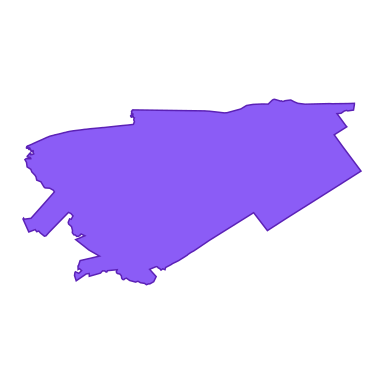 the district of Magura, Teleorman, Romania
{"feature_id": "2599482B1622448766062", "entity_name": "Magura", "entity_type": "district", "adm_level": 2, "iso_a3": "ROU", "parent_name": "Romania", "parent_adm1": "Teleorman", "projection": "equal_earth", "projection_center": [25.384, 44.049], "detail": "fine", "context": "isolated", "style": "filled", "palette": "violet", "viewbox_px": 384, "rotation_deg": 0, "n_neighbors": 0, "source": "geoboundaries", "source_scale": "gbopen_adm2", "svg_char_len": 4924}
<svg xmlns="http://www.w3.org/2000/svg" viewBox="0 0 384 384"><path d="M146.4,284.7L148.8,283.8L149.8,283.9L153.7,281.7L156.2,276.6L149.6,269.3L156.2,266.6L157.5,266.9L158.0,267.7L159.0,268.3L159.5,268.4L161.0,270.1L162.8,268.8L165.0,269.7L165.6,267.5L169.8,265.3L171.8,264.2L172.1,263.8L178.5,260.7L187.2,255.2L188.0,254.4L191.0,252.4L193.8,250.9L196.2,249.3L209.3,240.4L253.6,212.7L254.2,213.4L267.4,230.6L286.3,218.4L336.3,186.8L361.0,171.1L342.4,146.2L334.2,134.8L346.8,126.8L345.9,125.8L337.0,113.6L341.0,113.3L344.5,110.9L346.7,110.4L347.7,110.9L353.5,110.1L354.3,105.1L354.4,104.2L354.4,103.3L349.5,103.5L343.5,103.6L334.8,103.7L333.1,103.8L329.6,103.6L305.1,104.2L297.8,103.3L294.4,101.9L290.8,100.0L287.2,100.4L285.1,100.7L284.9,100.7L284.7,100.8L284.4,101.0L284.2,101.2L283.7,101.2L283.1,101.4L282.9,101.4L282.6,101.4L282.3,101.4L282.2,101.3L281.9,101.1L281.7,101.0L281.6,100.9L281.3,100.9L280.9,101.0L280.7,101.1L274.6,99.3L273.3,99.5L272.1,100.3L268.2,104.1L262.2,104.0L253.0,104.4L246.5,105.5L240.7,109.0L227.1,112.7L224.4,112.9L209.5,111.2L205.9,111.0L205.1,110.9L132.7,109.9L132.4,110.1L132.3,110.3L132.4,110.6L131.7,111.0L131.5,111.3L131.5,111.6L131.5,111.8L131.8,112.3L131.8,112.5L131.7,112.9L131.6,113.1L131.5,113.4L131.5,113.5L131.9,113.8L132.6,113.8L132.9,113.9L133.0,114.0L133.0,114.3L132.9,114.4L132.5,114.8L132.3,114.9L132.2,114.9L131.9,114.9L131.5,115.0L131.2,115.1L130.9,115.3L130.7,115.6L130.6,115.8L130.6,116.0L130.8,116.4L131.1,116.9L131.2,117.0L131.3,117.1L131.6,117.2L131.9,117.0L132.0,116.9L132.2,116.5L132.3,116.3L132.6,115.9L132.8,115.8L133.2,116.2L133.3,116.4L133.3,116.6L133.3,116.8L133.3,117.0L133.3,117.3L133.6,117.6L134.1,117.8L134.3,117.9L134.2,118.0L134.2,118.3L134.1,118.6L133.8,119.2L133.8,119.5L133.8,119.8L133.9,120.4L134.1,120.7L134.2,121.1L134.4,121.4L134.4,121.6L134.4,121.9L134.4,122.1L134.2,122.3L134.0,122.5L134.0,123.0L133.9,123.2L133.7,123.6L133.5,124.1L133.3,124.4L129.3,124.9L127.5,125.1L122.7,125.5L113.4,126.5L104.3,127.5L102.2,127.6L99.8,127.9L91.8,128.6L91.7,128.7L91.2,128.6L90.7,128.7L89.1,128.9L85.9,129.3L85.5,129.3L84.1,129.4L83.6,129.5L80.2,130.0L75.8,130.5L73.3,130.8L70.2,131.3L68.9,131.5L68.7,131.6L67.8,131.8L67.2,131.9L65.9,132.3L65.5,132.4L64.2,132.6L63.5,132.8L61.0,133.5L60.0,133.7L58.5,134.1L58.0,134.2L56.2,134.6L55.3,134.8L54.7,134.9L54.5,135.0L53.5,135.3L51.0,135.9L49.3,136.4L48.9,136.6L47.5,137.2L47.2,137.3L46.6,137.5L45.8,137.9L44.7,138.4L42.1,139.6L37.5,141.6L30.7,144.7L30.0,145.0L28.6,145.6L28.6,145.8L28.4,145.9L27.8,145.9L27.6,145.9L27.5,146.0L27.4,146.4L27.4,146.5L27.2,146.5L26.8,146.5L26.7,146.6L26.7,146.8L26.8,147.3L26.8,147.5L26.6,147.6L26.4,147.8L26.5,148.1L27.0,148.3L27.3,148.2L27.4,147.9L27.5,147.8L27.8,147.9L27.9,148.0L28.0,148.3L28.3,148.4L28.6,148.2L28.9,147.9L29.0,147.8L29.4,147.9L29.5,148.0L29.8,148.1L29.9,148.3L29.9,148.5L29.2,148.9L29.0,149.0L28.9,149.1L28.8,149.3L29.0,149.5L29.6,149.5L30.1,149.4L30.3,149.4L30.3,149.5L30.5,149.7L30.7,150.0L30.9,150.1L31.2,150.3L31.3,150.4L31.3,150.5L31.2,150.7L31.0,150.8L30.9,150.9L30.9,151.0L31.0,151.2L31.2,151.3L31.6,151.3L31.8,151.3L32.0,151.1L32.6,150.8L32.8,150.7L33.0,150.6L33.2,150.8L33.3,151.0L33.3,151.3L33.0,151.4L32.8,151.5L32.9,151.9L33.1,152.1L33.2,152.4L33.1,152.6L33.4,153.1L33.7,153.5L33.7,153.9L33.7,154.0L33.4,154.1L33.0,154.2L32.4,154.5L32.2,154.5L31.7,154.6L31.2,154.7L30.8,154.7L30.6,154.7L30.5,154.4L30.5,154.1L30.5,153.8L30.8,153.3L30.8,153.2L30.7,153.0L30.5,152.9L30.4,153.0L29.7,153.3L29.5,153.6L29.5,153.8L29.5,154.0L29.4,154.1L29.2,154.2L28.9,154.3L28.7,154.7L28.5,155.0L28.3,155.2L27.8,155.5L27.7,155.7L27.4,156.0L27.3,156.3L27.2,156.4L27.2,156.6L27.2,156.8L27.4,156.9L27.6,157.0L27.9,157.0L28.2,157.0L28.3,157.1L28.5,157.2L28.5,157.4L28.6,157.5L28.8,157.6L29.0,157.6L29.3,157.7L29.4,157.4L29.5,157.3L29.6,157.2L29.8,157.2L29.9,157.3L30.8,158.3L30.8,158.7L26.1,158.7L24.9,159.6L26.5,162.4L27.1,166.9L30.8,169.3L31.8,171.9L35.1,175.4L36.0,176.9L36.7,180.1L40.9,181.8L44.0,187.0L45.1,187.9L49.7,188.2L53.3,190.2L54.4,191.9L51.5,195.2L39.3,209.0L31.0,218.3L27.9,218.7L24.3,219.2L23.6,218.1L23.0,219.0L25.0,223.5L28.8,232.0L35.2,229.6L36.7,231.7L38.8,231.1L40.3,232.9L44.4,236.2L46.0,235.8L49.1,232.3L59.7,221.4L68.5,212.4L70.9,213.5L73.0,215.9L71.2,219.3L69.6,218.9L68.2,222.3L68.6,224.0L71.5,226.6L72.5,230.4L72.3,232.7L73.8,234.8L75.4,235.1L76.7,236.4L78.6,236.2L80.0,235.5L80.3,234.5L81.2,234.0L84.8,235.8L75.7,239.6L88.9,250.0L99.5,256.1L80.1,260.6L78.4,265.8L78.0,266.0L78.1,269.5L79.5,268.7L81.6,270.6L78.8,273.3L75.4,271.8L74.9,272.7L74.5,275.5L76.2,280.8L86.3,273.9L89.2,273.5L89.3,276.3L100.5,273.1L102.5,270.9L104.7,270.9L106.0,272.0L106.8,272.0L107.4,270.7L117.2,269.7L117.0,270.2L116.3,271.6L116.6,272.8L117.6,273.6L119.8,274.0L121.3,275.7L121.7,278.2L122.6,279.4L123.8,279.7L124.8,278.7L126.5,278.2L129.7,280.5L135.6,282.1L137.4,281.4L138.3,281.4L140.4,282.7L144.6,283.4L146.4,284.7Z" fill="#8b5cf6" stroke="#5b21b6" stroke-width="1.5"/></svg>